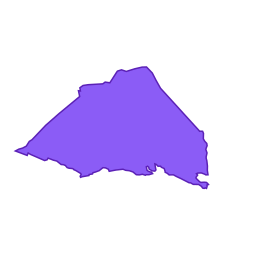 Guerrou, Assaba, Mauritania, rotated 292°
{"feature_id": "47542326B49231245131640", "entity_name": "Guerrou", "entity_type": "district", "adm_level": 2, "iso_a3": "MRT", "parent_name": "Mauritania", "parent_adm1": "Assaba", "projection": "equal_earth", "projection_center": [-12.078, 16.876], "detail": "fine", "context": "isolated", "style": "filled", "palette": "violet", "viewbox_px": 256, "rotation_deg": 292, "n_neighbors": 0, "source": "geoboundaries", "source_scale": "gbopen_adm2", "svg_char_len": 1797}
<svg xmlns="http://www.w3.org/2000/svg" viewBox="0 0 256 256"><g transform="rotate(292 128 128)"><path d="M114.6,219.7L118.5,217.4L122.5,215.9L127.1,213.4L128.2,212.6L128.8,212.1L130.4,211.3L134.5,210.6L137.3,208.2L139.0,208.0L141.2,208.0L143.2,206.8L144.4,204.2L146.2,201.9L151.3,200.0L152.9,198.4L152.2,196.4L151.8,195.7L177.0,143.3L182.9,135.9L188.1,129.9L191.5,122.3L189.7,118.2L185.5,112.2L179.8,105.2L179.5,100.2L176.8,96.9L175.6,96.6L167.1,95.0L163.1,94.2L162.0,89.6L159.5,88.1L153.2,74.8L150.6,70.4L147.3,68.3L144.5,70.0L144.0,68.1L139.1,71.4L115.6,58.7L99.7,50.7L81.2,43.4L78.6,41.5L73.1,40.5L69.9,37.8L67.5,34.7L64.5,32.2L64.8,44.8L67.4,44.8L67.0,47.5L66.6,62.9L68.2,64.9L70.1,65.2L70.2,68.0L70.2,70.8L70.7,74.3L69.1,79.7L69.8,81.9L69.8,83.9L68.5,86.4L68.6,88.3L69.6,91.8L69.3,93.7L69.1,92.8L69.0,95.7L68.1,101.2L67.2,102.0L65.4,101.7L64.5,102.5L65.6,103.7L69.3,109.6L70.3,109.4L72.1,112.3L73.5,112.3L74.8,114.1L77.7,117.3L81.8,119.6L82.6,122.0L82.4,125.3L80.8,126.8L84.5,132.5L87.9,138.8L87.9,141.7L88.9,145.2L89.1,149.1L87.8,153.2L88.8,156.1L90.5,158.7L90.7,161.8L91.5,162.4L92.5,164.9L94.9,167.9L95.7,166.5L95.5,163.2L96.0,161.4L96.8,160.9L98.9,159.5L99.9,160.5L99.4,161.9L97.8,163.0L97.3,166.3L98.1,169.1L99.6,169.6L102.2,167.9L104.8,166.4L104.8,167.9L103.8,170.1L104.8,172.6L104.1,173.6L104.0,176.7L101.9,178.5L100.9,179.0L100.7,181.4L99.9,183.7L101.6,187.6L101.2,190.9L100.9,196.2L100.1,205.2L100.6,206.5L100.2,209.6L102.1,214.7L101.6,217.2L101.3,218.1L100.3,219.7L100.3,220.3L100.6,221.4L101.4,222.0L101.4,223.4L103.5,223.2L104.7,222.6L105.7,223.8L106.5,222.4L106.9,221.0L106.3,219.0L104.8,215.8L105.1,214.3L106.8,210.1L107.8,209.5L110.4,210.2L111.3,208.6L112.4,209.7L113.8,212.8L113.9,216.4L113.7,217.8L114.6,219.7Z" fill="#8b5cf6" stroke="#5b21b6" stroke-width="1.5"/></g></svg>